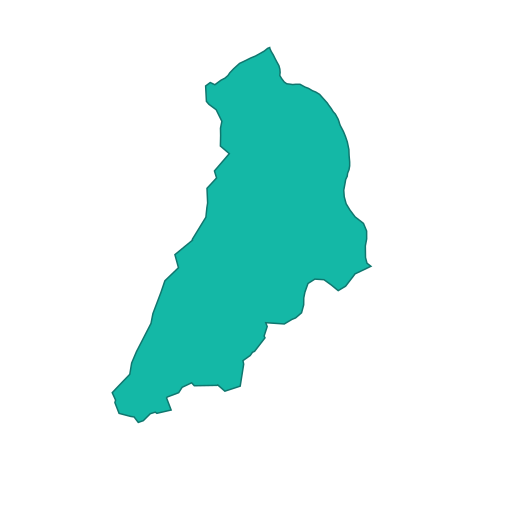 the district of Ibiono Ibom, Akwa Ibom, Nigeria, rotated 22°
{"feature_id": "59680162B99910214526625", "entity_name": "Ibiono Ibom", "entity_type": "district", "adm_level": 2, "iso_a3": "NGA", "parent_name": "Nigeria", "parent_adm1": "Akwa Ibom", "projection": "orthographic", "projection_center": [7.885, 5.181], "detail": "fine", "context": "isolated", "style": "filled", "palette": "teal", "viewbox_px": 512, "rotation_deg": 22, "n_neighbors": 0, "source": "geoboundaries", "source_scale": "gbopen_adm2", "svg_char_len": 1955}
<svg xmlns="http://www.w3.org/2000/svg" viewBox="0 0 512 512"><g transform="rotate(22 256 256)"><path d="M180.1,444.8L188.0,453.2L199.9,451.7L203.2,450.9L209.2,454.4L213.2,450.9L217.1,441.8L221.1,438.5L223.0,439.0L235.0,430.6L226.3,421.2L226.5,420.0L235.5,411.7L236.7,405.4L243.8,397.7L247.4,399.4L268.4,390.5L268.8,389.9L277.8,393.0L278.0,392.8L290.1,382.6L285.1,360.9L283.1,357.9L287.9,350.4L288.8,346.6L290.4,344.9L295.0,328.5L293.5,327.2L292.8,317.2L290.0,314.2L307.7,308.4L313.1,301.3L315.9,298.6L319.5,291.6L318.5,283.4L316.0,277.0L314.9,271.2L314.5,262.0L319.2,255.4L327.9,252.5L336.8,254.7L342.5,256.5L345.2,257.3L350.4,250.4L353.7,238.6L354.5,235.5L366.4,222.5L361.6,221.1L358.1,216.4L353.6,205.7L352.2,198.7L349.2,191.4L343.4,185.5L333.2,182.6L325.9,178.2L320.0,173.8L315.6,168.0L312.7,162.1L311.2,154.7L310.5,151.5L310.7,147.7L310.4,146.9L309.9,144.8L309.9,141.1L309.1,137.4L307.6,133.7L304.6,127.8L302.3,122.6L297.9,116.0L294.1,111.6L293.4,110.9L291.4,108.8L289.7,107.2L285.3,103.5L284.0,102.1L282.6,100.3L280.9,98.4L276.4,94.7L273.5,93.3L270.5,91.1L266.9,88.9L264.7,87.4L258.8,84.5L254.4,82.3L250.0,81.6L246.3,81.6L241.9,80.9L238.2,81.0L232.4,80.3L228.7,81.8L225.8,83.3L222.9,84.0L220.0,84.8L217.0,84.1L213.3,81.9L210.4,79.7L209.6,76.8L208.1,73.8L205.9,70.9L202.2,67.9L199.6,65.7L196.6,63.0L196.3,62.8L193.4,60.6L191.1,58.4L190.6,57.6L189.0,59.1L186.9,62.9L180.6,70.8L177.0,74.3L171.1,80.9L168.6,83.6L165.2,90.6L163.1,95.9L162.4,99.2L160.6,102.7L157.6,106.2L153.7,112.6L148.6,112.3L145.6,117.2L152.1,131.2L155.5,133.0L164.3,135.3L173.9,143.9L175.2,150.8L178.1,157.6L181.8,167.4L192.9,171.1L185.6,192.7L190.2,198.4L185.2,211.6L191.3,225.0L192.3,229.4L195.0,238.8L190.7,264.5L191.2,265.1L180.3,285.1L188.5,295.9L180.8,313.1L181.5,325.3L182.0,348.0L182.9,352.7L183.9,357.8L182.1,377.6L181.0,389.4L180.8,401.8L183.3,413.0L179.7,421.9L175.8,431.7L173.9,436.6L179.8,442.2L180.1,444.8Z" fill="#14b8a6" stroke="#0f766e" stroke-width="1.5"/></g></svg>